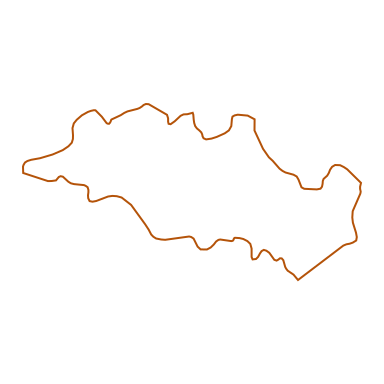 map outline of Oum el Bouaghi (Robinson projection)
{"feature_id": "DZA-2221", "entity_name": "Oum el Bouaghi", "entity_type": "Province", "adm_level": 1, "iso_a3": "DZA", "parent_name": "Algeria", "parent_adm1": "", "projection": "robinson", "projection_center": [7.045, 35.82], "detail": "fine", "context": "isolated", "style": "outline", "palette": "amber", "viewbox_px": 384, "rotation_deg": 0, "n_neighbors": 0, "source": "natural_earth", "source_scale": "10m", "svg_char_len": 2330}
<svg xmlns="http://www.w3.org/2000/svg" viewBox="0 0 384 384"><path d="M48.0,181.1L23.2,173.0L23.0,166.6L23.6,164.8L25.0,162.5L27.4,161.0L31.2,159.8L40.1,158.2L52.6,154.5L62.8,150.1L68.4,146.3L71.8,142.7L72.9,139.0L73.0,135.3L72.5,128.1L73.8,123.4L76.7,119.8L81.9,115.3L87.8,112.0L90.8,110.9L93.9,110.2L95.5,110.3L101.8,116.7L106.6,123.1L107.5,123.6L109.0,123.8L110.1,122.6L110.8,121.1L111.1,120.0L111.5,119.5L120.7,115.2L124.3,112.9L127.5,111.4L137.3,108.9L139.6,108.0L141.9,106.5L143.6,105.0L145.9,104.0L148.7,104.2L167.0,114.8L168.1,118.3L168.1,121.7L168.6,123.8L170.6,124.2L174.7,121.3L180.6,115.8L183.5,114.4L187.4,114.2L192.7,112.8L193.3,114.7L193.7,119.6L194.2,123.0L195.2,126.1L196.9,128.4L199.2,130.3L201.3,132.4L202.2,134.4L202.6,136.4L203.6,138.3L206.1,139.4L211.5,138.6L216.8,136.9L224.8,133.3L228.9,130.4L231.3,126.1L231.9,119.1L232.5,116.6L234.6,115.4L237.8,114.7L247.7,115.6L254.6,119.3L254.5,130.5L263.0,148.8L268.9,157.3L272.7,160.8L279.5,168.6L282.5,170.9L285.5,172.5L293.5,174.7L296.7,176.5L298.5,179.6L301.5,187.3L304.2,188.8L316.8,189.4L320.5,188.7L322.0,186.7L322.6,183.8L322.8,181.0L323.6,178.9L327.2,175.7L328.8,173.0L330.1,169.7L332.1,166.8L335.1,165.0L340.1,165.2L343.9,167.1L347.2,169.3L361.0,182.9L360.1,186.7L360.1,187.5L360.1,188.9L360.7,191.7L360.3,193.7L352.7,211.2L352.3,217.5L352.9,222.7L356.0,232.7L356.8,237.1L356.2,240.5L352.8,242.6L349.7,243.7L346.4,244.3L343.3,245.6L298.0,280.0L293.5,274.6L287.7,270.7L286.1,268.6L285.2,266.9L283.3,260.2L281.7,258.4L280.0,258.3L278.2,259.7L276.6,260.6L274.3,259.8L269.3,252.8L266.4,250.7L263.8,249.9L261.6,251.1L260.0,253.4L258.1,256.9L256.0,259.0L252.6,259.4L251.6,257.0L251.6,248.6L250.3,243.9L247.4,241.1L243.3,239.0L239.6,238.1L235.3,237.8L234.5,237.9L233.8,238.8L233.7,239.4L233.3,240.1L232.7,240.8L231.3,241.1L220.2,239.5L218.4,239.9L216.1,241.5L213.8,244.5L210.7,247.5L206.9,249.5L200.6,249.4L197.6,246.6L193.6,238.6L191.2,237.0L189.1,236.5L165.2,239.8L161.2,239.5L156.1,238.5L153.3,236.7L151.2,234.5L148.7,229.7L145.1,224.2L131.1,204.9L121.6,197.5L116.8,196.2L112.4,195.9L108.1,196.5L96.2,201.0L92.5,201.7L89.6,201.1L88.2,198.2L88.0,195.3L88.4,192.4L88.4,189.9L87.6,187.2L85.6,185.8L84.0,185.1L74.0,184.1L70.9,183.3L68.3,181.7L62.9,176.7L60.6,176.2L58.8,177.0L56.0,180.4L51.7,181.0L48.0,181.1Z" fill="none" stroke="#b45309" stroke-width="2"/></svg>